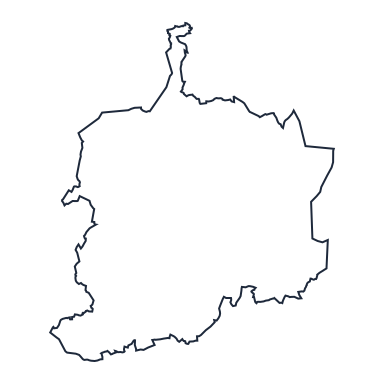 Anaocha, Anambra, Nigeria (Mercator projection)
{"feature_id": "59680162B92640548002056", "entity_name": "Anaocha", "entity_type": "district", "adm_level": 2, "iso_a3": "NGA", "parent_name": "Nigeria", "parent_adm1": "Anambra", "projection": "mercator", "projection_center": [7.011, 6.099], "detail": "fine", "context": "isolated", "style": "outline", "palette": "slate", "viewbox_px": 384, "rotation_deg": 0, "n_neighbors": 0, "source": "geoboundaries", "source_scale": "gbopen_adm2", "svg_char_len": 5858}
<svg xmlns="http://www.w3.org/2000/svg" viewBox="0 0 384 384"><path d="M84.3,359.9L86.9,359.6L87.8,359.7L89.3,360.3L91.0,360.7L94.7,361.0L97.5,360.5L100.2,359.4L102.4,359.2L102.4,356.9L101.6,353.8L101.1,353.4L102.2,352.7L103.6,352.3L104.6,351.8L106.8,351.4L107.4,350.9L109.3,352.5L110.9,354.4L112.2,354.0L112.8,353.6L115.8,352.5L115.1,350.9L116.4,351.3L118.0,352.2L120.5,352.0L122.4,352.4L123.8,352.1L124.6,351.4L124.1,350.2L124.0,349.1L124.5,346.6L127.8,347.6L128.4,345.4L131.6,343.9L133.7,340.6L134.4,340.2L135.0,340.3L134.8,345.0L136.1,349.0L136.1,350.6L140.6,349.5L143.6,349.9L148.2,347.5L154.6,345.0L152.3,340.0L154.9,339.6L155.4,339.8L160.3,339.3L163.7,338.6L167.7,338.0L169.5,338.2L169.7,336.6L170.4,334.6L173.5,336.1L174.6,336.8L176.5,338.6L177.6,340.6L179.2,341.8L180.4,340.8L182.3,339.1L183.1,340.4L183.8,341.0L184.6,341.0L185.2,341.2L185.6,343.2L187.3,343.9L188.3,343.9L189.5,341.6L193.3,341.4L195.4,340.7L197.3,340.7L197.0,336.3L199.1,336.2L201.0,335.0L205.8,330.2L210.5,326.6L214.7,322.2L214.2,320.1L216.6,320.6L218.3,318.4L219.7,315.8L220.1,313.4L219.9,311.6L219.1,308.5L220.2,305.5L222.7,299.2L223.9,296.8L226.1,298.0L231.0,298.0L231.2,299.1L231.1,300.6L230.4,302.2L231.4,304.3L233.0,306.1L235.7,305.5L236.3,302.7L239.6,298.0L240.6,296.1L241.4,290.7L241.6,288.3L241.9,286.9L245.7,287.3L248.5,286.1L249.7,286.1L253.1,286.8L255.6,287.8L254.4,289.1L254.3,289.8L252.7,290.3L251.4,291.4L251.4,291.7L252.5,292.8L253.5,293.5L253.9,294.1L253.1,297.0L254.0,296.9L255.1,301.5L255.5,302.4L256.5,303.2L257.2,301.9L258.6,301.8L260.3,301.9L263.7,301.4L265.8,300.6L268.8,300.2L269.8,299.5L273.0,298.5L273.8,298.5L274.3,298.0L279.5,302.9L281.4,302.7L282.3,303.1L283.0,300.6L284.5,297.2L285.5,295.6L288.5,296.4L289.6,297.1L291.6,296.9L294.3,296.8L298.2,298.6L301.3,298.3L299.3,295.0L298.3,291.9L301.9,291.4L303.3,291.6L304.4,290.6L305.0,288.4L305.9,287.0L306.2,285.9L306.7,285.4L306.8,285.0L306.7,284.6L307.3,283.2L308.3,282.2L309.2,281.8L309.8,281.5L310.5,278.6L311.0,278.6L313.3,279.6L313.9,279.7L314.9,279.1L315.5,278.9L316.1,279.0L316.7,277.8L316.9,276.6L317.3,275.5L317.2,274.7L319.5,272.8L326.5,268.4L327.8,240.0L322.5,242.3L317.7,241.0L312.4,238.5L311.1,201.8L316.7,196.1L320.2,191.9L321.3,187.0L327.2,175.5L331.6,167.5L333.1,162.2L333.2,150.8L333.8,148.8L305.5,146.1L299.4,121.2L293.7,110.5L292.2,113.6L288.8,117.6L287.2,119.1L286.5,119.5L285.5,120.3L284.7,121.3L284.2,122.5L283.0,128.0L281.6,126.7L280.6,124.2L279.3,123.8L278.2,122.5L277.3,120.5L276.3,117.7L274.1,114.5L274.0,113.4L273.5,113.1L271.1,113.3L266.6,114.7L265.6,114.1L264.9,114.3L262.1,116.0L259.8,117.2L258.7,116.1L250.3,112.1L249.9,112.0L249.1,111.1L244.3,103.3L242.5,101.9L234.9,97.3L234.2,96.7L233.7,96.8L234.1,102.1L231.6,101.4L230.2,99.5L228.3,100.0L225.0,100.4L222.6,99.7L222.5,99.1L222.2,98.8L221.2,98.3L220.5,98.2L219.5,98.3L217.9,98.3L216.5,98.0L215.0,98.6L214.2,99.1L213.3,100.1L211.2,101.0L208.6,101.5L206.3,101.3L206.2,103.2L200.4,103.9L200.2,103.8L199.7,102.9L199.1,99.6L198.8,98.9L196.6,98.9L194.6,96.7L193.6,96.1L193.1,95.6L192.5,94.6L192.2,94.7L189.9,94.9L188.5,95.2L186.6,96.3L183.9,94.0L183.8,93.2L183.1,92.6L181.6,92.1L180.9,91.6L182.6,89.3L182.5,87.6L183.9,84.4L183.9,83.7L184.4,82.9L184.9,81.8L182.8,81.6L182.3,80.9L180.6,68.8L180.9,66.4L181.5,64.4L181.3,64.1L181.6,62.5L181.4,62.1L185.2,56.4L185.6,55.5L185.4,54.2L184.9,52.9L184.6,50.4L185.5,51.0L186.9,52.4L187.4,52.7L187.6,52.7L186.7,50.6L186.5,47.0L186.0,45.6L185.1,44.2L180.9,42.5L179.1,41.4L176.8,37.0L179.6,36.0L183.8,36.1L184.5,35.9L185.2,35.3L186.2,34.2L186.9,33.6L190.0,33.2L189.3,32.2L189.0,30.8L189.8,30.8L190.1,30.6L191.5,29.1L191.9,28.3L191.7,27.8L190.0,28.0L189.4,27.7L190.0,26.5L189.8,25.5L189.1,24.8L188.4,24.5L186.8,23.3L185.3,23.0L185.3,25.3L183.2,25.6L183.0,26.2L181.5,26.1L179.3,26.9L178.1,26.9L177.4,26.4L176.6,26.4L175.2,26.0L174.9,27.2L174.3,27.8L173.0,28.6L171.7,29.1L167.4,29.9L167.3,30.9L168.0,31.6L168.0,33.2L169.7,33.8L169.8,34.4L169.6,34.8L169.3,35.1L169.4,35.4L170.3,35.8L169.7,37.6L168.9,38.7L169.1,39.9L170.4,42.5L171.1,43.2L170.7,43.8L171.1,44.6L170.6,45.8L170.7,46.3L170.9,47.0L170.6,47.8L170.5,48.5L169.5,48.8L166.1,52.4L172.1,73.0L171.5,74.4L170.0,75.9L166.4,87.2L149.8,111.3L148.5,111.1L146.4,111.9L145.0,111.5L142.7,110.5L141.0,108.8L141.0,107.5L134.6,107.8L131.3,108.8L128.4,110.2L102.1,112.6L98.7,118.3L78.5,133.1L80.2,137.3L81.9,140.5L83.1,141.5L81.8,143.0L82.4,147.9L81.0,151.6L80.5,154.5L80.8,156.4L79.7,160.5L76.7,176.2L77.6,179.0L78.4,180.3L79.2,180.9L79.6,181.4L79.9,182.4L79.5,183.8L79.4,185.4L79.7,186.1L79.0,186.6L78.2,187.0L77.7,187.1L77.1,186.9L76.4,186.5L75.5,186.4L74.3,186.4L73.9,186.7L72.7,189.8L71.5,191.9L68.8,190.3L63.1,199.2L62.2,199.9L62.2,200.5L62.0,200.9L63.4,202.8L64.5,205.4L66.3,203.7L68.0,204.0L72.6,201.0L77.0,201.1L77.8,200.8L79.7,196.1L89.5,200.8L90.7,204.8L93.2,208.2L94.2,209.0L91.9,221.7L94.3,222.0L94.3,223.2L94.5,223.3L94.7,224.4L95.9,224.6L90.5,227.7L89.5,228.4L86.4,232.1L85.1,234.8L84.0,236.0L84.6,237.9L85.1,238.7L85.8,238.7L85.7,240.9L84.1,243.5L82.5,246.5L80.9,248.5L78.5,244.4L76.7,247.1L75.6,249.9L77.2,252.7L79.4,261.4L76.7,263.7L74.8,266.5L76.3,273.0L75.4,274.2L75.3,274.9L76.1,275.9L75.5,276.7L75.4,278.0L75.8,280.7L76.8,282.3L78.9,284.0L81.0,283.0L82.2,284.2L83.5,285.0L86.0,285.9L85.5,290.1L86.0,290.6L86.3,291.8L88.7,292.8L93.6,300.4L92.4,304.5L91.6,305.3L90.7,305.9L91.4,307.8L91.9,308.0L92.7,308.8L92.7,309.2L92.2,311.6L88.9,311.4L87.3,310.5L85.9,311.0L85.9,311.5L83.9,313.0L82.9,312.8L82.5,313.3L82.9,314.1L82.9,314.4L80.6,315.6L78.8,315.3L77.8,314.8L74.9,314.4L74.1,316.7L72.1,317.0L72.1,319.3L70.1,319.4L69.7,318.8L69.8,317.4L68.2,317.7L67.2,318.2L66.3,317.9L62.6,318.9L61.0,319.8L60.4,320.5L58.9,325.1L57.0,327.9L54.1,328.3L53.4,326.9L52.9,327.3L50.2,332.5L56.6,337.5L59.0,339.2L65.4,351.3L67.1,352.6L75.8,353.7L79.1,354.9L80.6,356.5L82.8,359.1L83.6,359.6L84.3,359.9Z" fill="none" stroke="#1e293b" stroke-width="2"/></svg>